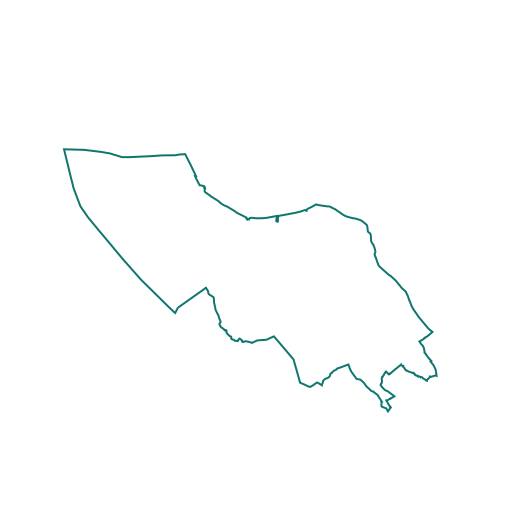 outline of Leusden, Utrecht, Netherlands, rotated 41°
{"feature_id": "6326949B9331427196027", "entity_name": "Leusden", "entity_type": "district", "adm_level": 2, "iso_a3": "NLD", "parent_name": "Netherlands", "parent_adm1": "Utrecht", "projection": "equal_earth", "projection_center": [5.449, 52.125], "detail": "fine", "context": "isolated", "style": "outline", "palette": "teal", "viewbox_px": 512, "rotation_deg": 41, "n_neighbors": 0, "source": "geoboundaries", "source_scale": "gbopen_adm2", "svg_char_len": 5950}
<svg xmlns="http://www.w3.org/2000/svg" viewBox="0 0 512 512"><g transform="rotate(41 256 256)"><path d="M401.7,189.2L401.6,189.3L400.6,188.8L397.7,187.1L397.1,186.7L392.4,184.7L391.7,184.6L387.4,184.6L379.4,183.2L377.4,182.9L370.8,182.7L369.2,183.0L368.6,183.1L359.2,183.0L355.6,182.9L354.6,182.6L353.0,181.8L346.9,178.3L346.7,178.4L345.3,177.5L344.2,176.7L343.9,176.0L343.7,175.1L343.3,174.4L340.6,172.4L339.5,171.8L337.3,170.6L336.3,170.3L334.4,169.9L333.3,169.3L332.6,168.7L331.7,167.7L329.9,165.9L328.3,164.5L327.8,164.2L327.3,164.1L325.4,164.2L324.7,164.2L324.2,164.0L323.5,163.4L323.0,162.8L321.4,161.4L320.3,160.5L319.4,160.0L318.9,159.9L316.1,159.9L312.7,160.1L311.3,160.4L307.1,162.2L303.4,164.4L299.7,166.2L298.3,166.8L297.2,167.2L294.4,167.8L290.2,168.2L287.7,168.6L285.5,168.7L284.3,169.0L283.6,169.2L281.8,169.7L279.5,170.2L278.7,170.6L277.1,171.9L274.3,173.7L270.3,176.2L267.4,177.8L267.0,179.1L265.8,182.4L264.0,186.8L263.9,188.1L264.5,188.7L264.2,188.9L263.7,188.6L262.7,189.3L260.8,192.7L257.9,196.9L253.0,203.1L251.4,205.1L249.1,208.0L247.2,210.3L247.0,211.1L247.0,211.9L248.2,213.7L249.4,214.7L249.6,215.0L249.3,215.9L249.5,216.1L248.8,216.4L248.7,216.2L248.1,216.0L247.2,214.7L247.5,214.6L245.6,211.9L239.1,220.1L237.8,221.5L236.1,223.2L233.4,225.7L231.1,227.6L227.4,230.2L226.9,230.8L226.5,231.4L226.5,232.4L226.8,232.7L226.8,233.0L225.9,233.1L225.6,233.3L225.5,233.5L225.5,234.3L224.9,234.3L224.7,233.9L224.4,233.7L224.1,233.7L223.7,233.7L223.5,233.3L213.0,236.0L212.9,235.9L209.9,236.2L202.0,237.6L198.7,238.7L196.6,239.1L194.6,239.3L192.1,239.2L191.0,239.3L184.0,240.4L176.3,241.1L175.4,241.1L174.6,240.8L174.3,240.6L173.3,238.4L172.6,238.6L172.2,237.7L171.3,238.0L170.8,237.4L169.8,238.0L167.9,239.0L167.1,239.6L160.7,237.1L157.6,235.7L158.3,235.1L155.6,233.9L146.8,230.1L135.7,225.6L131.4,229.9L129.0,232.9L119.0,241.8L111.2,249.6L101.4,258.9L96.4,263.7L90.0,269.3L78.5,274.4L70.9,279.0L56.7,288.6L41.1,301.4L65.5,318.7L68.9,321.0L73.5,324.3L90.5,333.5L93.9,334.5L103.8,337.0L119.4,339.6L139.6,342.8L144.8,343.7L157.6,345.7L183.0,349.1L185.8,349.4L199.3,350.2L222.8,351.7L232.4,352.1L232.4,351.8L232.2,351.2L231.1,346.8L231.1,346.4L231.2,345.4L237.0,321.5L238.1,317.2L238.9,313.4L239.1,312.8L241.4,313.6L242.5,313.8L243.5,314.5L244.6,315.4L245.2,315.7L245.9,315.7L250.6,315.0L251.1,315.0L253.0,316.6L254.4,318.2L261.2,323.4L261.5,323.5L262.4,323.8L265.9,325.3L266.2,325.3L266.6,325.5L268.8,327.0L270.0,327.6L271.2,328.1L272.3,328.7L272.6,329.2L272.8,329.9L272.8,331.0L273.3,331.5L274.1,332.0L275.3,332.3L276.1,332.7L279.3,332.3L280.6,332.5L281.2,332.7L281.4,332.6L281.5,332.4L281.5,332.0L281.7,331.7L282.2,331.6L282.5,331.6L283.2,332.0L283.7,333.0L284.3,333.3L285.3,333.5L287.6,333.7L288.8,333.6L290.1,333.2L290.6,333.4L291.3,334.5L292.0,334.6L292.4,334.6L293.0,334.4L294.2,333.8L294.6,333.7L295.2,333.9L295.6,333.8L296.3,333.4L297.3,332.5L298.0,332.3L298.1,332.1L297.7,330.8L297.7,330.3L297.7,329.4L297.8,329.1L299.0,328.9L300.6,329.0L301.0,328.9L301.4,329.4L301.7,329.7L302.1,329.6L302.8,329.3L302.9,329.1L303.4,328.2L303.7,327.5L304.6,326.8L305.2,326.6L305.9,325.9L307.2,325.5L308.8,324.5L309.3,324.4L309.8,324.4L310.3,323.4L312.4,318.8L318.8,312.4L320.0,309.8L322.1,305.2L322.3,304.9L331.1,306.2L339.4,307.5L352.0,309.4L352.3,309.5L372.4,322.7L374.3,322.1L376.4,321.4L381.8,319.9L382.5,319.3L382.9,319.1L383.0,318.9L383.0,318.6L383.8,316.5L384.7,312.6L385.0,311.9L385.5,311.1L390.5,310.4L390.2,309.9L389.5,307.8L389.0,307.2L388.9,306.6L388.6,306.1L388.5,305.5L388.7,304.0L388.8,303.6L390.2,300.6L390.5,299.4L390.5,298.3L390.4,297.9L390.1,297.3L389.4,295.9L390.0,294.6L389.8,293.9L389.8,293.5L390.0,291.6L390.9,289.8L391.1,289.4L391.2,288.9L391.0,288.4L391.0,287.9L391.2,287.5L393.1,284.3L396.9,277.3L398.7,278.2L400.4,279.3L403.6,280.7L410.5,282.3L412.5,282.8L415.6,281.0L415.9,280.8L421.6,281.0L422.4,281.4L424.1,281.8L425.5,282.0L428.3,282.0L431.9,282.2L432.8,281.8L433.7,281.2L434.8,281.5L435.9,281.3L438.9,281.1L446.7,283.5L446.4,283.9L449.1,286.9L449.5,287.2L450.0,287.1L454.2,285.6L454.8,285.7L457.5,286.7L457.1,282.0L456.3,282.1L456.1,281.5L455.1,281.5L453.6,281.1L449.1,279.5L450.1,278.0L450.9,275.3L451.1,275.4L452.5,271.1L451.4,271.1L448.0,271.4L444.7,271.6L443.7,271.8L442.0,272.4L441.2,272.6L436.8,272.2L434.6,271.6L434.4,270.7L434.2,270.5L434.1,270.1L434.2,269.9L434.2,269.7L434.1,269.1L433.0,267.5L432.4,267.1L431.8,266.6L430.7,265.1L430.6,264.6L430.9,264.4L430.6,263.2L430.4,261.6L430.2,261.0L430.1,259.7L429.9,259.1L430.0,258.2L429.9,258.1L429.9,257.9L430.0,257.9L431.1,258.0L433.6,258.2L433.7,257.5L434.3,257.6L434.6,256.2L434.9,253.4L435.5,249.6L435.8,248.2L436.0,247.4L436.1,246.6L436.7,243.0L436.9,243.2L437.0,243.2L437.6,243.2L438.8,242.5L439.2,242.3L439.4,242.6L439.2,243.0L439.4,243.1L440.6,243.1L442.0,243.4L442.7,243.7L443.2,243.7L444.2,244.0L444.4,243.9L444.4,243.7L444.5,243.6L445.6,243.5L446.2,243.3L447.0,243.1L448.7,242.3L449.9,242.0L450.9,241.3L451.2,241.3L451.7,241.3L451.7,241.2L451.8,240.8L452.2,240.8L452.8,240.8L454.1,241.4L454.4,241.1L454.5,241.1L455.4,241.2L456.1,240.5L456.7,240.2L456.9,240.2L457.1,240.7L457.3,240.8L457.5,240.7L457.4,240.4L457.4,240.2L459.2,239.4L459.4,239.4L459.8,239.6L460.0,239.1L460.4,238.7L460.6,238.6L462.4,238.7L464.4,238.4L465.1,238.2L465.8,238.3L466.4,238.2L466.9,238.0L466.7,237.7L466.4,237.1L466.6,235.2L466.6,233.8L466.5,233.1L466.4,233.1L466.3,232.8L467.3,232.5L469.8,228.4L470.9,228.0L467.5,225.0L465.9,223.8L462.9,222.5L461.5,222.0L456.9,221.1L457.2,220.2L453.0,219.7L451.1,219.3L450.4,219.2L450.0,219.1L449.9,218.9L446.9,218.3L446.6,218.4L445.8,217.5L443.7,215.8L443.0,215.3L442.5,215.1L441.1,214.4L440.8,214.3L438.9,214.2L438.0,214.0L435.4,213.3L436.7,209.6L436.9,208.8L437.1,207.9L436.9,207.9L436.9,207.7L437.0,207.0L437.3,206.0L437.7,205.2L438.0,204.0L438.6,200.6L439.0,197.8L439.0,197.5L438.2,197.6L435.1,197.7L433.2,197.6L418.9,195.3L411.5,193.4L409.0,192.7L406.1,191.6L401.7,189.2Z" fill="none" stroke="#0f766e" stroke-width="2"/></g></svg>